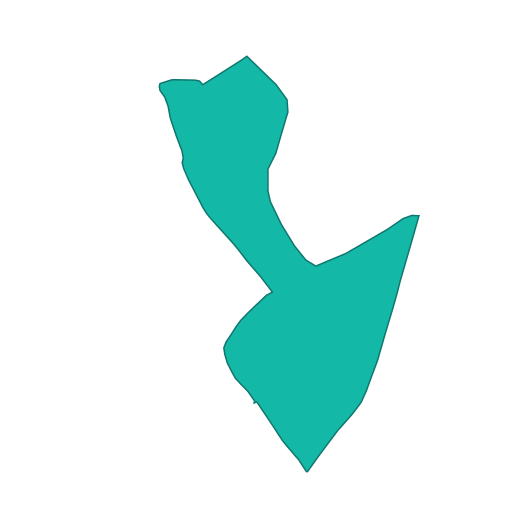 the district of Bella Rosa, Gros Islet, Saint Lucia, rotated 201°
{"feature_id": "8701671B93449908484695", "entity_name": "Bella Rosa", "entity_type": "district", "adm_level": 2, "iso_a3": "LCA", "parent_name": "Saint Lucia", "parent_adm1": "Gros Islet", "projection": "natural_earth1", "projection_center": [-60.945, 14.077], "detail": "fine", "context": "isolated", "style": "filled", "palette": "teal", "viewbox_px": 512, "rotation_deg": 201, "n_neighbors": 0, "source": "geoboundaries", "source_scale": "gbopen_adm2", "svg_char_len": 1403}
<svg xmlns="http://www.w3.org/2000/svg" viewBox="0 0 512 512"><g transform="rotate(201 256 256)"><path d="M205.1,118.1L203.0,120.1L187.9,109.5L185.3,107.7L175.8,100.9L170.5,97.0L165.2,93.2L161.1,90.8L149.0,84.2L142.9,81.0L141.4,79.8L138.6,77.8L137.0,76.7L134.1,74.5L132.2,73.2L131.7,72.8L130.7,73.1L129.2,78.7L129.0,79.6L126.5,89.1L124.8,95.5L117.2,122.2L109.8,141.9L106.1,154.5L105.4,157.5L104.6,170.5L104.7,171.2L105.0,187.6L105.1,202.1L107.4,228.3L109.5,256.1L111.0,272.5L112.4,284.2L116.0,326.7L118.3,352.0L119.0,351.7L125.1,349.7L132.1,343.6L142.6,328.3L157.4,309.9L173.1,290.5L196.6,268.0L208.0,270.1L223.7,279.2L243.7,294.6L262.1,311.9L268.2,321.1L276.0,341.5L274.3,358.9L276.0,378.3L277.8,401.8L283.0,413.0L298.7,423.2L336.1,439.2L339.9,433.5L367.1,396.8L371.4,399.1L375.7,398.4L383.0,395.8L395.4,391.3L397.9,390.2L407.4,382.6L407.1,379.8L404.9,376.1L403.4,375.1L402.3,374.4L398.1,371.6L391.8,364.4L385.6,354.3L378.8,346.0L372.8,338.8L367.3,332.6L362.8,327.6L359.0,321.4L358.3,316.6L354.9,311.8L345.9,302.6L344.6,301.5L327.4,286.2L323.2,282.4L318.3,278.7L313.8,275.9L307.9,272.8L282.3,259.8L274.8,255.6L262.6,248.1L244.6,238.5L227.8,228.2L232.1,223.2L238.7,209.5L243.4,199.4L247.2,190.4L249.3,182.7L251.0,174.0L253.1,165.3L253.1,158.6L249.6,152.6L244.4,145.8L235.6,137.9L231.3,134.4L224.0,130.8L215.3,126.9L205.4,120.2L205.1,118.1Z" fill="#14b8a6" stroke="#0f766e" stroke-width="1.5"/></g></svg>